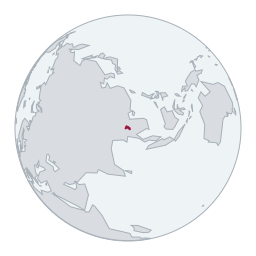 Xaignabouri highlighted on a globe, orthographic projection, rotated 295°
{"feature_id": "LAO-3278", "entity_name": "Xaignabouri", "entity_type": "Province", "adm_level": 1, "iso_a3": "LAO", "parent_name": "Laos", "parent_adm1": "", "projection": "orthographic", "projection_center": [101.237, 18.696], "detail": "fine", "context": "on_globe", "style": "filled", "palette": "rose", "viewbox_px": 256, "rotation_deg": 295, "n_neighbors": 0, "source": "natural_earth", "source_scale": "10m", "svg_char_len": 10898}
<svg xmlns="http://www.w3.org/2000/svg" viewBox="0 0 256 256"><g transform="rotate(295 128 128)"><circle cx="128" cy="128" r="113" fill="#eef3f6" stroke="#a8b0b8"/><path d="M234.2,164.3L234.0,165.0L233.9,165.1L234.2,164.3ZM177.2,26.7L178.9,28.3L183.2,31.0L179.4,29.0L190.0,35.9L193.4,39.8L187.3,34.2L184.9,32.8L186.2,34.6L184.0,33.6L183.4,34.1L180.7,32.8L177.3,30.1L175.5,29.3L176.5,30.7L174.4,30.6L173.3,28.6L169.5,28.4L163.2,24.5L162.3,21.5L156.6,19.6L150.9,17.7L159.9,20.0L168.7,23.0L177.2,26.7ZM139.5,15.9L139.0,15.9L137.2,15.8L136.7,15.7L139.5,15.9ZM186.8,33.3L185.8,32.4L187.5,33.7L186.8,33.3ZM183.7,34.4L184.7,35.0L183.9,35.0L183.7,34.4ZM179.2,33.2L177.7,33.1L178.6,32.7L179.2,33.2ZM176.5,32.8L172.9,33.0L174.7,34.3L167.7,30.9L173.0,31.7L173.8,30.8L174.7,31.9L176.5,32.8ZM142.6,16.3L151.4,17.8L152.1,18.1L149.0,17.4L151.2,18.1L147.2,17.5L145.1,16.9L145.4,16.8L143.6,16.7L142.6,16.3ZM164.3,29.2L163.0,29.0L163.7,28.7L164.3,29.2ZM138.9,15.9L140.6,16.1L141.4,16.3L138.1,16.0L138.9,16.0L138.9,15.9ZM153.8,18.7L153.7,19.0L150.5,18.5L150.0,18.5L147.2,17.5L153.8,18.7ZM137.8,15.9L136.4,15.9L134.4,15.7L137.3,15.8L137.8,15.9ZM143.0,16.5L142.0,16.5L143.0,16.5ZM126.5,15.4L128.6,15.4L129.1,15.5L126.5,15.4ZM135.9,15.9L136.6,16.0L137.1,16.0L135.7,16.0L135.9,15.9ZM145.1,17.3L143.7,17.1L146.1,17.7L143.7,17.5L142.3,16.9L141.9,17.1L141.2,17.0L140.8,16.6L145.1,17.3ZM135.7,16.3L133.1,15.8L129.1,15.7L128.5,15.6L135.0,15.8L135.7,16.3ZM138.7,16.5L136.7,16.4L137.0,16.2L138.5,16.2L138.7,16.5ZM142.7,17.6L146.6,18.1L146.8,18.2L142.7,17.6ZM134.5,16.3L135.2,16.5L134.2,16.3L134.5,16.3ZM140.1,17.2L141.5,17.3L140.1,17.2ZM135.4,16.8L134.5,16.5L135.5,16.5L135.4,16.8ZM137.5,17.0L137.4,17.2L136.4,16.6L138.1,17.0L137.5,17.0ZM140.0,17.3L140.6,17.4L139.4,17.3L140.0,17.3ZM132.0,17.2L130.6,16.5L132.8,16.3L133.9,17.0L132.0,17.2ZM38.7,59.4L38.4,59.7L38.5,62.4L37.9,63.9L34.4,68.2L31.6,78.5L34.9,75.6L35.9,82.7L38.8,85.0L46.0,76.5L41.3,72.5L44.0,67.4L50.6,66.7L55.2,70.9L56.4,69.1L56.4,63.2L60.4,61.1L56.7,60.9L56.0,63.2L53.7,63.3L54.2,61.3L55.6,60.6L55.0,58.8L48.4,63.3L47.0,66.1L43.7,64.5L41.0,69.2L39.1,70.3L42.9,63.0L44.8,60.9L49.4,52.4L47.1,54.4L42.6,62.7L42.7,61.5L39.5,64.7L42.0,61.4L47.5,52.3L46.5,51.4L40.1,57.6L40.3,57.4L50.4,46.4L49.0,48.2L51.6,45.8L56.5,41.4L55.4,42.6L57.2,41.2L56.9,42.1L60.8,40.2L61.1,41.0L66.9,37.5L67.9,37.6L64.2,39.5L61.8,41.6L63.2,44.3L64.7,44.0L68.3,41.6L68.2,42.9L71.6,40.2L74.4,41.1L73.8,38.0L78.0,35.7L82.0,34.9L83.3,33.7L76.8,35.0L74.3,36.1L72.3,37.9L65.4,41.1L64.0,40.8L70.8,35.8L69.6,35.1L75.4,32.0L89.5,29.6L93.2,30.4L90.5,36.3L87.2,37.2L86.6,35.4L83.3,39.1L85.4,37.8L85.4,39.1L89.4,37.6L89.6,38.4L93.2,35.7L93.8,36.6L91.5,38.3L98.0,37.3L100.5,38.9L101.9,38.3L102.7,37.3L105.3,40.3L106.2,39.8L105.7,38.6L107.2,36.8L110.9,34.9L111.6,36.1L110.4,36.9L108.8,40.6L105.4,42.9L106.1,43.2L109.2,41.5L111.1,37.0L113.1,35.6L112.7,37.6L113.0,36.8L114.2,36.4L116.1,37.3L116.8,35.1L129.3,31.4L134.1,33.1L132.4,35.1L141.8,34.9L146.6,37.5L146.1,36.3L150.3,35.8L148.9,34.9L149.0,34.3L159.2,33.5L162.2,34.5L166.0,33.4L165.8,32.9L163.9,32.0L167.7,30.9L174.7,34.3L174.9,35.3L179.2,37.0L179.0,39.3L180.8,42.2L178.1,44.1L179.7,46.6L181.2,47.0L184.6,50.9L186.4,57.9L178.4,50.2L174.4,40.8L175.4,44.3L173.2,43.0L172.4,44.1L173.3,46.8L174.6,47.3L166.0,50.5L164.3,58.2L169.2,58.0L172.5,60.6L174.8,70.8L166.4,84.6L170.7,89.6L171.1,92.8L167.6,94.7L167.0,90.0L163.3,88.2L163.4,85.5L157.7,87.4L157.7,83.6L153.2,87.3L155.2,90.4L160.2,89.9L156.4,95.1L161.8,100.7L162.7,107.3L154.3,118.9L145.4,122.2L144.9,124.3L141.3,121.8L136.6,125.8L143.4,138.0L143.3,141.4L135.6,147.7L135.4,145.1L125.8,138.4L124.1,146.5L131.4,153.7L133.9,161.6L128.3,158.9L125.8,151.9L122.4,149.3L123.2,142.2L120.3,131.4L114.7,133.0L115.1,128.7L110.3,119.5L102.2,121.5L89.3,131.2L87.6,141.9L83.2,146.0L77.7,129.3L77.8,118.7L74.2,119.0L69.8,108.9L57.7,105.1L57.4,102.1L54.8,102.7L52.0,98.8L52.2,94.0L49.8,93.4L49.8,106.0L52.5,106.8L56.8,103.5L56.1,107.7L59.0,112.5L50.7,120.4L35.0,123.5L36.0,115.2L36.8,90.5L38.1,88.4L38.2,88.1L38.4,87.6L35.9,90.8L36.9,86.2L33.8,102.5L32.3,109.1L34.8,123.8L33.9,124.8L35.5,128.2L43.5,128.4L43.0,131.0L37.7,141.6L28.8,153.6L31.4,165.3L33.2,174.3L30.8,177.7L34.2,185.1L33.5,186.2L35.6,190.1L36.7,193.1L37.6,195.1L37.1,194.5L32.6,187.9L28.5,180.9L25.0,173.6L22.0,166.2L19.6,158.5L17.7,150.7L16.3,142.7L15.6,134.7L15.4,126.7L15.7,118.6L16.7,110.7L18.2,102.7L20.3,95.0L22.9,87.4L26.1,80.0L29.8,72.8L34.0,65.9L38.7,59.4ZM57.6,80.5L62.0,83.0L64.4,76.3L66.3,76.8L66.4,74.5L64.5,75.9L65.4,69.8L68.9,69.2L70.6,66.6L69.2,65.7L62.7,68.0L61.3,76.5L58.5,78.3L57.6,80.5ZM67.0,33.8L65.5,35.0L63.5,36.2L63.1,36.1L66.0,34.2L67.0,33.8ZM63.8,36.5L70.6,32.1L71.2,32.3L69.7,32.8L69.4,33.4L66.9,34.6L60.7,39.5L58.6,40.9L59.0,39.3L60.1,38.9L61.5,37.6L63.8,36.5ZM87.2,23.3L90.2,22.2L87.5,23.9L85.0,24.8L84.4,24.5L87.0,23.3L87.2,23.3ZM134.6,15.6L134.8,15.6L133.3,15.6L131.9,15.5L132.1,15.5L130.0,15.5L129.2,15.4L127.5,15.4L123.9,15.4L134.6,15.6ZM109.9,16.8L111.9,16.5L112.0,16.5L112.7,16.4L110.8,16.7L114.2,16.3L114.3,16.3L118.3,16.2L123.2,15.9L124.8,16.0L122.9,16.2L125.8,16.2L123.3,16.7L124.4,16.8L123.1,17.6L118.8,18.1L120.3,18.3L119.4,19.1L115.9,19.7L116.8,18.9L112.4,20.4L111.6,19.7L111.1,19.9L109.2,19.7L106.0,20.0L106.1,19.7L104.8,20.0L103.5,20.0L101.8,20.3L101.4,19.9L99.3,20.3L100.4,19.9L96.7,20.8L99.3,20.0L97.8,20.1L96.1,20.9L98.3,19.3L109.9,16.8ZM131.5,17.4L126.6,17.8L123.8,17.8L127.3,16.5L126.7,16.3L128.8,15.8L132.9,16.0L131.9,16.1L130.6,16.1L131.6,16.3L130.3,16.5L130.7,16.8L129.0,16.8L131.5,17.4ZM39.4,62.8L39.4,63.5L39.8,64.1L37.8,66.3L39.4,62.8ZM43.0,56.6L43.3,56.7L40.7,59.8L40.8,59.2L43.0,56.6ZM45.7,54.4L43.5,56.5L44.7,55.0L45.7,54.4ZM64.7,39.7L65.2,39.8L64.4,40.5L63.1,41.1L64.7,39.7ZM102.4,25.0L103.4,24.2L104.1,24.2L107.8,22.9L108.6,23.5L106.8,24.5L102.4,25.0ZM44.0,77.4L41.8,78.5L42.0,77.2L42.7,77.1L44.0,77.4ZM38.7,72.1L38.9,74.4L38.2,72.6L38.7,72.1ZM104.0,25.4L105.4,24.8L105.0,25.5L104.0,25.4ZM109.5,23.9L109.3,24.6L109.2,23.5L109.5,23.9ZM88.2,228.2L90.5,229.4L88.9,229.1L88.2,228.2ZM43.8,178.1L45.2,192.2L42.2,190.8L39.5,185.8L37.5,176.8L40.3,175.7L41.1,172.0L43.8,178.1ZM161.8,179.6L165.1,180.0L165.0,180.5L161.8,179.6ZM158.4,178.0L162.2,178.1L157.7,179.1L158.4,178.0ZM163.7,178.1L167.5,177.1L169.2,176.2L168.8,177.3L163.7,178.1ZM155.8,178.1L141.7,177.9L136.1,176.5L137.4,174.7L146.5,175.4L155.8,178.1ZM136.9,174.7L128.3,169.3L116.4,153.6L120.7,154.1L133.1,163.9L132.3,165.4L137.6,169.6L136.9,174.7ZM157.8,165.6L156.9,170.3L149.1,169.9L145.6,169.1L143.1,163.0L144.5,160.0L147.4,160.1L158.6,149.6L162.6,152.1L159.1,156.6L162.4,160.7L157.8,165.6ZM88.1,143.0L90.5,149.8L88.1,150.5L88.1,143.0ZM163.0,142.1L158.6,146.8L162.6,140.6L163.0,142.1ZM165.4,136.2L165.7,138.6L163.8,136.3L165.4,136.2ZM144.9,127.6L141.8,128.1L141.7,126.4L145.6,124.8L144.9,127.6ZM163.3,113.0L163.4,118.0L162.9,119.6L161.4,116.7L163.3,113.0ZM113.4,31.6L107.3,32.4L103.5,33.9L102.3,35.9L101.4,33.7L107.3,31.4L113.4,31.6ZM127.3,31.2L128.3,29.8L129.6,30.4L129.5,30.8L127.3,31.2ZM126.7,30.4L124.7,28.8L126.4,28.0L127.6,29.4L126.7,30.4ZM114.1,26.5L112.3,26.6L112.7,26.0L114.1,26.5ZM202.0,212.9L201.4,213.5L198.9,215.4L208.4,206.9L202.0,212.9ZM185.5,220.1L186.8,217.4L190.3,216.4L187.7,219.1L185.5,220.1ZM210.0,205.2L210.9,204.2L213.8,200.9L216.2,197.7L214.3,200.4L214.5,200.2L210.0,205.2ZM176.2,210.4L154.6,217.6L150.2,217.0L152.0,214.4L149.2,206.7L150.7,206.8L150.5,201.4L163.6,196.0L173.2,186.1L179.7,186.2L185.1,178.9L191.6,178.8L189.3,184.4L195.5,187.2L201.0,174.4L203.5,186.7L207.2,190.3L206.6,197.7L195.3,211.7L190.0,215.0L189.5,214.1L187.2,215.7L184.3,215.7L183.9,212.1L181.5,213.6L184.4,210.3L180.7,213.4L179.7,211.0L176.2,210.4ZM222.1,180.2L222.7,180.2L223.2,181.9L222.3,182.0L222.1,180.2ZM232.5,168.0L232.4,168.8L231.9,169.5L232.5,168.0ZM233.9,165.1L233.3,166.1L234.2,164.3L233.9,165.1ZM227.0,171.4L227.1,172.0L226.8,172.4L227.0,171.4ZM226.7,171.2L227.3,169.8L227.1,171.1L226.7,171.2ZM224.3,165.5L224.8,164.7L224.9,165.1L224.3,165.5ZM169.9,179.9L174.6,176.1L177.0,175.7L169.9,179.9ZM223.7,164.3L222.6,164.5L222.8,163.8L223.7,164.3ZM223.9,162.6L223.9,161.7L224.4,163.8L223.9,162.6ZM221.8,161.0L223.2,162.4L221.6,161.3L221.8,161.0ZM220.9,161.5L219.9,161.0L220.0,160.7L220.9,161.5ZM208.1,165.5L212.1,170.7L208.7,171.2L204.9,168.1L201.5,172.0L194.1,172.4L195.9,170.0L195.0,166.9L187.1,166.3L185.5,164.2L188.4,162.6L183.1,161.2L188.9,159.8L191.2,164.1L194.5,160.3L200.0,160.6L205.1,161.4L209.1,164.1L208.1,165.5ZM188.8,169.6L189.8,169.5L188.9,170.9L188.8,169.6ZM217.9,159.1L219.4,160.8L219.2,161.4L218.5,161.3L217.9,159.1ZM210.1,163.1L214.4,158.8L215.4,158.6L212.5,163.3L210.1,163.1ZM213.5,156.6L215.4,156.7L216.4,158.6L216.0,159.2L213.5,156.6ZM176.9,166.3L176.6,167.5L175.1,166.7L176.9,166.3ZM178.9,165.5L183.5,166.5L178.5,166.5L178.9,165.5ZM164.6,161.7L166.0,164.6L170.4,162.6L167.0,165.4L169.9,170.1L168.9,171.9L166.0,166.8L164.9,172.2L162.9,172.2L161.9,167.6L163.9,161.9L165.9,159.6L173.8,158.3L164.6,161.7ZM178.9,161.9L177.7,158.5L178.6,156.2L179.9,157.9L178.9,161.9ZM173.9,150.4L170.5,146.5L167.5,148.2L173.5,142.4L175.8,147.0L173.9,150.4ZM170.9,141.7L168.0,143.2L170.9,139.9L170.9,141.7ZM167.3,141.9L166.9,139.1L169.1,139.4L167.3,141.9ZM172.3,141.8L172.7,137.0L173.9,139.8L172.3,141.8ZM165.7,132.9L170.7,137.3L164.3,135.5L163.6,126.4L166.3,126.2L165.7,132.9ZM177.9,96.2L177.0,93.7L179.3,93.1L179.3,94.9L177.9,96.2ZM186.0,89.5L179.6,92.1L174.4,94.5L176.2,95.6L175.5,99.9L172.4,96.0L175.8,91.3L179.8,90.2L180.0,86.7L182.7,84.3L181.4,80.0L182.5,78.2L184.9,81.8L186.0,89.5ZM180.7,78.3L179.5,71.0L184.0,71.9L185.3,73.7L184.0,76.6L181.6,75.9L180.7,78.3ZM180.5,69.6L178.2,69.0L171.7,58.9L171.4,57.1L178.8,64.7L177.1,64.6L177.9,67.1L180.5,69.6ZM163.6,29.6L163.0,29.0L164.3,29.5L163.6,29.6ZM148.1,33.8L148.5,33.1L149.9,33.6L148.1,33.8ZM150.2,31.4L148.3,31.4L150.0,30.9L150.2,31.4ZM144.2,31.6L147.5,31.2L144.7,32.3L144.2,31.6Z" fill="#d9dde1" stroke="#a8b0b8" stroke-width="1"/><path d="M126.4,126.0L126.4,125.9L126.5,125.8L126.8,125.8L127.0,125.8L127.1,125.7L127.4,125.7L127.5,125.7L127.6,125.8L127.6,125.7L127.8,125.7L128.0,125.8L128.6,125.8L128.7,125.7L128.8,125.7L129.0,125.7L129.0,125.8L128.9,125.9L128.9,126.1L129.0,126.1L129.1,126.5L129.1,126.8L129.1,127.0L129.1,127.3L129.1,127.5L129.2,127.8L129.1,128.0L129.0,128.3L128.9,128.4L128.8,128.5L128.8,128.4L128.8,128.5L128.7,128.5L128.5,128.8L128.4,128.8L128.3,129.0L128.4,129.3L128.4,129.5L128.5,129.6L128.6,129.8L128.4,129.9L128.3,130.0L128.2,130.0L127.9,130.3L127.7,130.4L127.4,130.2L127.5,130.0L127.5,129.9L127.5,129.7L127.7,129.4L127.8,129.3L127.9,129.2L127.8,128.9L127.8,128.7L127.7,128.7L127.7,128.4L127.8,128.3L127.9,128.2L128.0,128.1L127.9,127.9L128.0,127.8L128.0,127.7L128.1,127.4L128.1,127.2L127.9,126.8L128.0,126.8L127.9,126.7L128.0,126.5L128.0,126.4L127.9,126.2L127.9,126.3L127.7,126.3L127.6,126.2L127.3,126.2L127.3,126.3L127.2,126.3L127.1,126.5L127.1,126.4L126.9,126.3L126.7,126.4L126.6,126.2L126.4,126.0Z" fill="#f43f5e" stroke="#9f1239" stroke-width="1.5"/></g></svg>